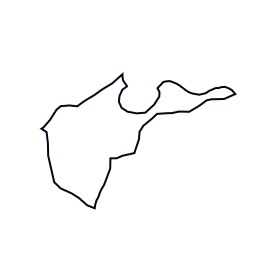 Ryonggang, P'yŏngan-namdo, North Korea, rotated 302°
{"feature_id": "82179303B96536489392823", "entity_name": "Ryonggang", "entity_type": "district", "adm_level": 2, "iso_a3": "PRK", "parent_name": "North Korea", "parent_adm1": "P'yŏngan-namdo", "projection": "robinson", "projection_center": [125.476, 38.813], "detail": "fine", "context": "isolated", "style": "outline", "palette": "ink", "viewbox_px": 256, "rotation_deg": 302, "n_neighbors": 0, "source": "geoboundaries", "source_scale": "gbopen_adm2", "svg_char_len": 1143}
<svg xmlns="http://www.w3.org/2000/svg" viewBox="0 0 256 256"><g transform="rotate(302 128 128)"><path d="M206.6,180.0L202.3,177.1L198.7,175.5L194.0,170.8L191.5,164.6L190.7,161.4L190.6,157.6L191.4,149.2L191.3,145.4L190.0,138.7L188.0,135.9L185.7,133.6L177.4,131.9L175.2,135.6L171.2,137.9L161.6,137.8L155.3,136.0L150.2,134.6L145.0,127.6L141.6,118.9L141.7,111.9L145.3,106.5L150.4,103.9L157.4,102.9L162.6,105.0L163.0,105.0L165.7,98.7L168.1,96.5L170.7,94.8L157.5,91.0L147.1,85.7L138.5,82.2L128.1,76.9L119.5,73.4L116.1,66.4L110.9,59.4L105.7,57.7L100.5,57.6L93.6,57.6L83.2,55.9L81.5,55.0L81.4,61.1L72.7,68.1L62.2,75.0L55.2,82.0L42.9,94.2L41.1,102.9L42.7,115.1L42.6,123.9L40.8,134.3L42.3,142.3L44.9,141.1L50.1,139.6L53.3,139.5L58.8,138.3L62.7,137.9L66.8,137.9L75.5,136.2L84.2,134.4L92.9,129.2L96.4,134.5L101.5,138.0L110.1,146.7L117.1,145.0L124.1,143.3L131.0,139.8L138.0,139.8L148.4,143.3L155.3,145.1L160.4,152.1L163.9,157.3L169.0,162.6L174.2,171.3L184.5,176.6L193.2,180.1L196.6,183.6L203.5,194.1L213.7,201.0L215.2,195.8L215.0,192.0L214.3,188.6L212.5,185.9L210.1,183.8L208.2,181.1L206.6,180.0Z" fill="none" stroke="#020617" stroke-width="2"/></g></svg>